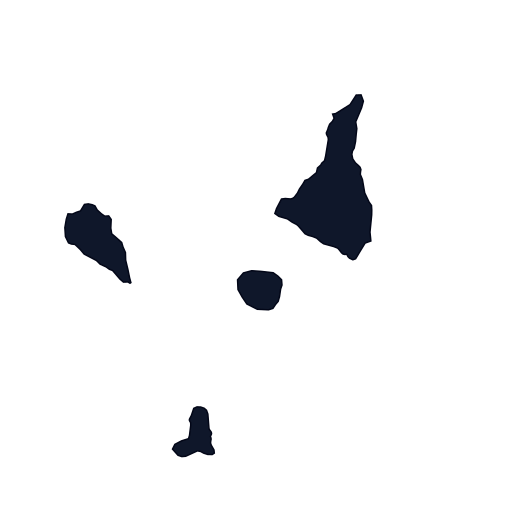 SVG path tracing the border of Santa Cruz de Tenerife, rotated 326°
{"feature_id": "ESP-5842", "entity_name": "Santa Cruz de Tenerife", "entity_type": "Autonomous Community", "adm_level": 1, "iso_a3": "ESP", "parent_name": "Spain", "parent_adm1": "", "projection": "equal_earth", "projection_center": [-17.219, 28.249], "detail": "fine", "context": "isolated", "style": "filled", "palette": "ink", "viewbox_px": 512, "rotation_deg": 326, "n_neighbors": 0, "source": "natural_earth", "source_scale": "10m", "svg_char_len": 2398}
<svg xmlns="http://www.w3.org/2000/svg" viewBox="0 0 512 512"><g transform="rotate(326 256 256)"><path d="M380.0,278.7L377.7,282.6L374.9,286.6L363.8,300.0L361.2,304.9L359.6,307.8L353.7,306.3L344.3,310.6L340.3,312.5L337.0,314.0L334.2,313.3L332.3,310.1L331.9,308.0L332.2,305.2L330.6,304.5L329.2,303.0L328.7,301.1L328.4,296.8L328.1,295.1L325.7,291.6L318.9,283.7L317.5,280.1L316.3,275.1L313.7,271.3L310.9,268.1L309.1,265.0L307.9,254.8L307.3,252.6L304.9,248.2L302.8,242.8L297.1,235.9L295.4,231.3L299.6,228.1L309.0,223.0L312.4,224.7L316.5,228.0L318.5,228.7L320.6,228.7L325.6,227.0L329.4,224.8L335.0,222.6L338.9,220.7L342.4,221.7L349.3,221.0L352.7,220.7L356.2,217.4L360.6,216.8L362.4,215.8L366.1,215.3L369.6,212.1L377.7,203.5L381.0,200.0L382.1,198.0L382.5,194.7L383.1,193.3L386.3,191.2L387.8,189.9L390.8,187.9L394.7,187.1L397.8,185.5L398.9,181.2L401.7,182.5L418.6,183.1L429.1,178.6L433.2,181.2L431.6,187.7L426.4,192.2L413.7,200.5L410.8,206.8L407.3,210.9L402.5,216.8L397.7,221.5L394.7,222.9L392.3,225.3L390.5,229.6L390.5,234.4L391.5,238.3L391.9,240.6L391.3,243.0L389.7,244.7L388.1,246.7L387.0,252.1L381.4,264.5L379.9,274.5L380.0,278.7ZM150.5,124.4L150.1,129.0L151.4,134.5L152.9,138.4L156.3,140.4L156.4,144.7L151.2,151.7L148.8,156.9L150.1,161.5L152.2,169.7L150.8,174.1L149.7,180.1L145.6,186.6L142.2,195.7L139.0,203.4L137.4,208.1L136.3,208.1L135.3,205.9L131.5,203.5L130.3,199.1L129.0,187.8L127.0,185.0L125.7,181.3L122.2,175.6L121.2,170.5L114.6,158.3L114.0,152.5L113.2,148.8L112.4,145.2L109.6,142.8L107.9,140.3L108.9,133.3L113.4,125.6L119.3,119.4L123.7,115.9L127.3,118.6L131.5,119.3L135.7,120.5L142.6,117.3L146.1,119.0L148.9,121.9L150.5,124.4ZM227.4,265.4L236.1,263.0L244.2,265.8L251.5,271.5L260.9,279.5L262.9,284.9L263.9,290.0L261.3,294.6L257.9,297.2L252.7,302.9L249.0,306.0L245.1,307.1L240.7,308.9L236.3,307.6L227.3,300.9L221.6,290.7L221.6,282.5L222.3,273.8L227.4,265.4ZM119.2,347.5L122.7,348.1L125.7,350.3L127.9,353.2L128.7,356.2L127.7,360.1L120.5,372.8L120.3,374.3L120.4,375.7L120.4,377.1L119.8,378.4L119.0,379.1L118.0,379.6L117.2,380.2L116.9,381.7L116.3,382.8L115.0,384.1L113.7,385.7L113.1,387.9L112.7,393.3L111.2,396.1L108.7,396.1L105.0,393.5L102.4,390.2L100.8,387.1L98.5,384.8L85.7,382.7L82.3,380.8L79.9,377.6L78.8,369.4L83.4,366.8L90.8,367.6L97.9,369.7L100.5,367.6L107.2,359.9L108.6,357.7L108.8,355.2L109.5,354.1L113.2,352.1L119.2,347.5Z" fill="#0f172a" stroke="#020617" stroke-width="1.5"/></g></svg>